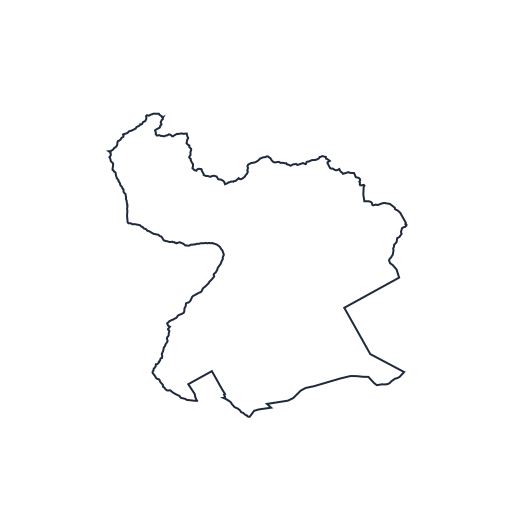 Las Heras, Mendoza, Argentina, rotated 61°
{"feature_id": "61730980B92952848138392", "entity_name": "Las Heras", "entity_type": "district", "adm_level": 2, "iso_a3": "ARG", "parent_name": "Argentina", "parent_adm1": "Mendoza", "projection": "equal_earth", "projection_center": [-69.707, -32.525], "detail": "fine", "context": "isolated", "style": "outline", "palette": "slate", "viewbox_px": 512, "rotation_deg": 61, "n_neighbors": 0, "source": "geoboundaries", "source_scale": "gbopen_adm2", "svg_char_len": 6104}
<svg xmlns="http://www.w3.org/2000/svg" viewBox="0 0 512 512"><g transform="rotate(61 256 256)"><path d="M392.0,341.3L393.3,340.1L393.5,339.3L390.5,332.7L391.5,328.1L396.0,316.3L390.7,318.1L398.0,298.2L398.3,292.3L395.4,282.1L395.5,276.6L397.3,270.5L397.8,269.3L403.9,242.0L406.6,232.2L407.3,230.6L410.0,226.0L413.7,220.7L416.2,216.3L424.1,214.4L427.5,213.0L429.4,207.8L430.5,206.2L431.6,203.7L432.0,201.9L431.8,200.0L431.2,198.5L430.7,193.8L431.2,192.2L431.4,189.2L429.3,182.7L397.2,203.6L344.1,203.9L344.3,141.3L336.0,139.6L330.3,140.8L327.3,142.2L324.4,141.8L323.4,140.7L322.8,138.8L321.1,135.7L317.6,132.9L316.1,132.5L314.5,130.6L313.3,130.0L312.0,126.3L308.8,123.8L308.9,121.4L307.2,117.9L305.3,117.6L302.4,114.7L302.4,113.0L302.8,111.4L302.4,109.8L301.7,109.3L301.0,109.9L300.5,109.9L299.9,108.9L288.2,108.9L285.1,109.9L282.5,111.7L281.0,111.2L275.4,113.6L271.6,118.4L271.0,120.8L270.5,124.7L269.1,126.3L268.6,128.7L267.7,129.5L266.2,129.0L264.9,129.1L263.6,130.0L262.5,131.3L260.7,134.7L254.2,132.3L248.5,128.8L247.4,127.9L247.1,127.1L246.1,127.2L245.2,129.8L244.6,130.6L243.6,130.5L242.3,129.5L241.1,129.6L240.4,128.3L239.2,127.8L237.6,128.2L235.4,130.5L231.0,130.0L228.8,133.6L227.5,134.5L226.3,140.1L225.2,140.1L223.1,141.1L220.3,141.0L220.4,143.0L219.9,144.3L218.9,145.4L216.7,146.5L216.1,147.8L214.9,148.6L209.3,148.4L208.7,147.9L208.6,145.4L205.7,146.7L204.8,147.5L203.8,147.3L203.3,146.9L201.1,149.2L200.7,149.9L200.6,151.7L200.3,152.3L201.1,153.6L201.1,156.1L200.6,157.9L199.2,160.7L199.0,163.6L198.3,165.8L198.6,166.6L199.7,167.6L199.7,168.2L197.5,169.8L196.5,175.7L195.0,176.2L193.9,179.0L193.8,182.0L192.1,183.1L191.0,184.4L189.6,184.5L189.4,185.3L188.0,186.7L186.3,189.5L184.7,190.4L183.3,194.2L182.3,195.2L180.1,195.9L177.4,196.0L176.3,196.7L174.8,197.2L174.1,198.3L174.0,200.1L173.2,201.9L172.8,204.9L173.6,208.2L173.7,210.7L173.5,211.9L172.3,215.4L172.3,218.6L173.4,220.0L175.1,220.3L177.1,222.2L178.4,222.3L179.7,224.1L180.3,226.0L181.1,227.1L181.6,229.7L181.6,231.6L181.2,232.5L180.5,233.2L179.5,233.4L180.5,237.4L179.9,238.8L180.1,239.7L179.3,240.7L178.7,242.4L178.7,243.4L178.3,244.5L178.5,245.5L178.2,248.3L175.9,247.9L174.4,248.2L171.9,249.8L171.1,251.4L170.4,251.8L167.5,251.9L165.5,253.7L164.7,256.0L164.7,257.4L162.6,259.5L161.7,261.0L159.8,262.5L158.7,262.0L155.0,262.1L154.1,261.6L153.5,261.7L152.0,263.7L151.8,264.9L151.9,265.9L152.5,266.8L150.9,268.3L148.3,269.0L147.0,267.6L145.0,266.5L143.6,266.8L141.7,266.7L140.5,266.6L139.5,266.0L138.1,266.6L137.1,266.5L135.9,264.3L133.4,263.0L131.6,261.1L130.8,260.8L128.4,261.5L127.0,260.7L126.3,261.4L123.7,262.1L120.7,259.5L120.4,258.6L119.8,258.1L117.8,258.0L115.3,257.2L113.9,260.4L112.9,261.3L111.3,265.4L110.8,266.0L111.0,270.8L110.7,271.3L108.7,271.9L107.4,273.1L107.5,275.1L107.0,276.2L106.9,277.6L106.6,278.7L105.4,279.9L104.9,280.9L103.4,282.1L102.6,284.3L100.7,284.6L99.5,283.7L97.3,283.5L97.0,282.6L97.0,277.9L95.5,276.4L95.4,275.4L94.8,274.7L93.5,274.8L92.8,274.4L91.4,272.6L91.1,271.1L89.9,270.5L89.6,270.0L89.6,270.7L88.6,270.9L88.2,270.7L85.4,272.1L84.5,272.0L81.8,276.7L81.7,278.3L81.3,279.4L81.4,281.6L80.0,283.1L80.4,284.4L81.6,284.7L83.0,285.6L84.3,287.5L84.1,289.9L85.4,291.9L85.4,292.4L84.7,293.4L85.1,293.7L85.5,295.2L85.3,298.0L86.2,299.5L86.0,304.3L85.6,305.4L85.4,307.0L86.0,308.3L86.0,309.7L85.2,313.1L85.4,313.5L86.4,313.4L87.4,314.2L87.6,316.6L88.5,317.9L88.8,320.2L88.5,320.7L88.9,321.6L91.9,323.9L92.8,326.0L92.7,327.4L93.6,329.3L93.8,331.5L93.7,332.4L93.0,334.0L94.9,333.0L95.5,333.5L96.5,333.5L97.9,334.7L98.5,336.3L100.0,336.2L102.8,337.0L105.7,336.1L107.5,337.1L110.8,339.6L111.4,339.7L112.2,339.1L113.4,339.2L114.5,338.5L115.4,338.5L117.3,339.3L120.4,340.0L123.0,339.5L124.0,340.0L126.1,339.7L128.3,340.3L130.9,339.7L132.3,340.1L133.5,339.6L135.6,340.7L137.2,340.6L138.4,340.1L141.8,341.2L143.2,342.2L144.8,342.3L147.7,343.5L148.4,343.4L149.5,344.3L150.1,344.2L151.9,345.7L154.3,346.7L158.3,349.3L164.5,352.0L165.7,351.5L166.6,349.7L168.2,348.8L169.5,346.4L172.9,342.5L174.7,342.0L175.6,341.1L177.4,340.8L179.3,339.1L181.2,338.8L182.7,337.3L186.9,334.9L190.2,331.0L191.6,330.7L193.3,329.3L197.4,329.1L199.0,327.9L200.3,326.2L201.5,325.2L202.1,324.5L203.0,322.1L203.7,321.8L204.2,320.8L205.3,320.4L205.7,319.6L206.3,319.5L206.9,316.1L210.1,313.6L212.5,312.7L214.5,309.6L214.7,307.0L215.5,305.7L216.0,304.1L216.4,303.6L216.6,301.9L217.5,300.4L218.3,297.4L219.1,296.5L220.1,293.8L221.3,292.4L221.9,290.5L222.7,289.8L223.6,287.7L224.5,287.3L224.8,286.7L227.0,284.7L230.4,283.2L233.1,283.1L234.9,282.7L239.3,283.5L241.2,285.9L242.6,286.5L244.1,289.0L244.9,289.6L245.8,290.9L247.9,295.3L249.3,296.6L250.8,299.1L251.4,301.7L252.0,302.2L253.5,302.4L254.1,303.5L255.6,307.8L255.8,309.1L256.8,310.6L258.1,315.1L258.3,317.0L259.1,319.0L260.3,320.3L260.6,321.4L260.8,322.3L260.5,323.5L260.5,330.6L260.8,331.6L263.3,335.0L263.7,336.2L264.0,337.3L263.4,339.7L263.8,340.5L265.6,341.6L267.3,344.1L269.7,345.6L270.6,346.7L270.7,348.2L270.2,352.5L270.3,353.3L271.3,355.1L271.5,356.0L271.3,357.9L271.5,359.0L271.1,360.7L271.2,361.5L271.0,363.2L271.9,366.4L274.4,366.6L276.1,365.6L277.2,368.4L277.9,368.6L279.0,368.1L279.8,368.3L281.7,370.1L282.8,370.6L283.7,371.8L283.8,372.6L285.0,374.0L286.9,374.3L287.8,374.8L289.6,378.2L290.5,379.0L291.2,380.8L294.1,383.3L296.0,385.9L298.3,386.6L299.6,387.8L299.3,388.4L299.7,389.6L300.9,390.6L301.3,392.1L301.9,392.3L302.4,393.6L302.7,395.1L302.2,396.1L303.9,397.3L304.8,399.2L304.9,400.0L306.6,401.4L306.7,402.0L307.6,402.9L308.2,403.1L312.4,402.5L314.0,402.6L315.6,402.0L316.6,400.8L317.5,400.5L320.0,400.8L323.4,399.9L325.5,400.7L326.3,400.0L328.5,399.8L330.4,399.0L331.4,397.4L331.6,396.5L332.1,396.0L334.9,395.0L337.8,393.3L341.4,390.7L342.9,390.7L343.8,390.3L346.7,387.1L348.2,386.4L352.7,380.1L353.6,378.4L354.8,377.5L353.4,377.8L350.2,377.6L347.0,376.5L335.3,377.4L335.3,350.4L356.3,350.3L361.7,350.0L361.8,351.2L364.0,351.3L364.9,351.8L364.3,353.3L367.1,351.2L368.7,350.6L369.1,350.0L372.3,348.8L373.4,349.0L377.8,348.0L380.8,345.8L383.5,344.8L385.4,344.7L387.0,343.3L389.6,342.4L391.3,341.1L392.0,341.3Z" fill="none" stroke="#1e293b" stroke-width="2"/></g></svg>